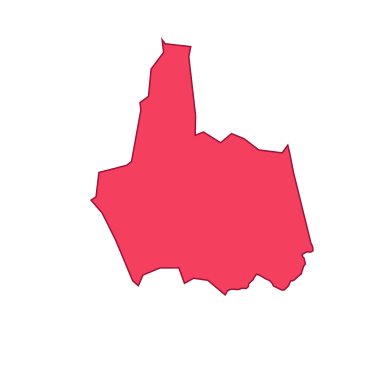 Carter, Tennessee, United States of America (Equal Earth projection), rotated 319°
{"feature_id": "52423323B88226115005443", "entity_name": "Carter", "entity_type": "district", "adm_level": 2, "iso_a3": "USA", "parent_name": "United States of America", "parent_adm1": "Tennessee", "projection": "equal_earth", "projection_center": [-82.131, 36.306], "detail": "fine", "context": "isolated", "style": "filled", "palette": "rose", "viewbox_px": 384, "rotation_deg": 319, "n_neighbors": 0, "source": "geoboundaries", "source_scale": "gbopen_adm2", "svg_char_len": 1180}
<svg xmlns="http://www.w3.org/2000/svg" viewBox="0 0 384 384"><g transform="rotate(319 192 192)"><path d="M110.5,131.9L110.4,148.8L108.2,157.7L102.7,178.6L89.0,220.1L90.0,227.5L100.5,222.5L118.0,228.3L132.3,240.6L126.4,256.0L136.7,258.2L146.0,269.0L149.5,291.4L151.3,290.8L153.6,289.9L154.9,290.0L158.2,291.3L159.7,292.7L161.0,294.2L162.9,296.0L164.7,296.8L166.7,297.4L168.3,299.1L168.8,299.7L169.4,300.2L171.2,300.5L172.9,300.1L173.8,299.1L174.6,298.4L176.1,298.3L180.3,298.3L182.8,297.3L186.8,296.3L188.7,299.9L190.4,305.2L192.6,310.1L192.6,313.5L191.8,316.3L195.5,325.0L197.3,326.4L203.3,326.2L206.4,324.5L208.2,323.9L210.1,325.2L211.7,325.5L218.0,325.3L220.6,325.5L221.0,325.5L221.2,325.0L227.5,321.3L230.4,320.6L233.1,315.5L233.1,313.4L234.0,311.4L239.2,312.4L242.2,315.2L244.6,315.7L246.8,313.1L248.0,309.8L247.9,309.2L281.3,244.0L292.0,225.4L295.0,219.5L285.7,221.6L270.0,204.1L266.2,185.9L260.2,173.9L245.9,173.6L240.0,154.3L231.6,151.3L244.8,136.7L278.3,87.8L286.4,81.5L269.0,62.5L269.3,57.6L262.2,68.0L241.8,72.4L221.9,91.3L211.4,90.4L207.2,96.6L166.4,129.3L160.0,128.9L134.6,116.2L116.4,132.7L110.5,131.9Z" fill="#f43f5e" stroke="#9f1239" stroke-width="1.5"/></g></svg>